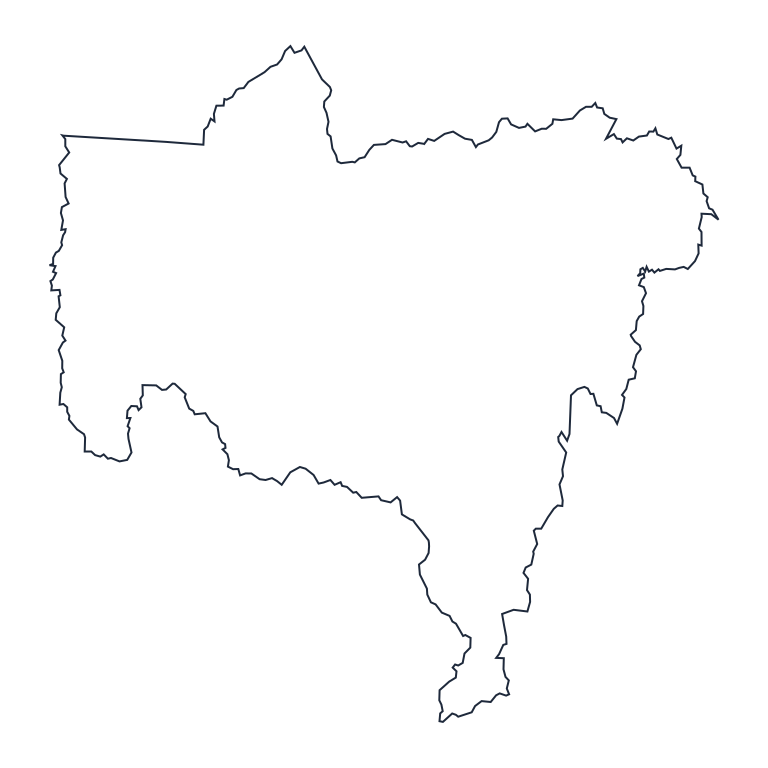 Utuado, Puerto Rico
{"feature_id": "32010507B18801000784875", "entity_name": "Utuado", "entity_type": "district", "adm_level": 2, "iso_a3": "PRI", "parent_name": "Puerto Rico", "parent_adm1": "", "projection": "equal_earth", "projection_center": [-66.695, 18.25], "detail": "fine", "context": "isolated", "style": "outline", "palette": "slate", "viewbox_px": 768, "rotation_deg": 0, "n_neighbors": 0, "source": "geoboundaries", "source_scale": "gbopen_adm2", "svg_char_len": 5000}
<svg xmlns="http://www.w3.org/2000/svg" viewBox="0 0 768 768"><path d="M616.4,119.1L609.7,117.7L604.3,113.9L602.7,108.3L597.1,107.5L595.3,103.0L591.7,106.8L586.0,106.8L579.9,110.5L572.6,118.6L561.5,120.1L553.2,119.3L552.4,123.8L546.2,128.8L541.8,128.7L535.1,131.4L527.4,123.8L525.5,126.6L519.0,127.9L511.1,124.4L507.6,118.4L501.9,118.7L499.0,122.2L496.3,131.9L492.1,137.5L488.7,140.3L477.9,144.5L475.9,147.1L471.9,139.9L465.0,138.7L458.7,135.1L453.1,131.6L444.6,133.9L434.2,140.9L428.0,138.9L424.2,144.0L423.8,143.8L418.2,142.9L412.1,146.5L409.8,146.2L406.1,141.3L402.6,142.5L392.0,139.8L385.5,144.1L373.9,144.9L369.3,149.9L364.6,157.2L359.3,158.4L354.8,162.4L352.3,161.8L341.1,163.2L337.5,161.5L336.1,155.4L332.4,148.5L330.6,136.4L327.5,133.9L327.0,129.0L328.5,121.8L326.5,112.8L323.9,107.0L324.3,101.5L329.8,95.6L331.2,90.3L329.9,87.0L322.0,79.4L304.3,46.7L301.5,50.4L294.5,52.8L290.4,46.1L285.1,51.0L281.6,59.3L277.1,64.5L270.5,66.8L264.5,72.2L248.4,81.9L243.7,88.1L239.1,88.5L236.4,90.0L232.4,96.8L226.7,99.7L224.4,99.0L223.6,105.6L216.4,105.7L213.9,113.9L214.5,121.4L210.7,118.7L207.7,126.5L204.1,129.8L203.4,144.7L166.1,141.9L143.6,140.5L141.5,140.4L63.7,135.7L62.4,135.4L65.3,139.1L65.3,146.3L69.2,152.5L59.1,165.1L59.7,167.4L60.5,173.5L66.9,178.9L64.6,183.4L65.6,197.0L68.6,203.5L61.9,207.1L60.9,213.0L63.0,220.4L61.3,229.9L65.6,229.2L65.1,232.2L63.1,235.3L61.3,242.4L62.1,245.2L58.8,250.9L55.9,252.6L53.2,257.7L53.1,263.9L49.5,265.2L55.5,266.1L53.0,271.8L56.1,273.1L52.8,279.5L50.4,281.1L51.9,285.6L51.3,290.4L59.5,289.9L60.4,295.3L58.6,296.3L59.8,307.2L56.3,313.3L55.7,319.8L64.2,327.3L62.3,335.6L65.5,340.6L62.9,342.5L58.7,350.1L62.3,360.8L62.2,368.3L63.7,372.3L60.9,374.1L60.7,382.8L61.8,387.2L60.3,392.7L59.6,404.7L63.4,404.0L67.2,407.3L67.2,411.8L69.4,415.9L68.9,419.6L77.0,429.4L84.0,434.2L85.1,437.5L84.7,451.5L91.3,451.5L95.1,455.1L100.3,456.6L103.7,454.4L107.9,458.7L111.0,458.0L119.5,461.4L127.2,459.9L131.5,452.5L128.5,438.9L128.0,433.6L129.6,428.2L127.6,426.2L130.4,418.0L126.9,418.1L127.5,410.7L131.3,406.0L137.0,406.3L138.6,410.1L141.5,407.3L140.3,398.8L142.8,395.4L142.5,385.1L156.2,385.4L162.0,389.9L166.2,389.5L172.6,383.6L174.7,383.8L185.7,394.1L184.7,397.3L189.2,408.6L193.3,410.9L194.7,414.3L205.4,413.2L210.5,421.4L217.5,426.5L219.2,437.3L222.0,442.4L225.1,444.1L225.5,447.9L222.6,449.4L227.4,454.2L228.9,460.2L227.9,466.6L233.1,469.2L238.3,469.0L240.1,475.4L245.6,473.4L251.4,473.5L259.6,479.2L265.6,480.0L272.0,478.1L277.1,481.1L281.7,484.8L290.3,472.3L299.9,467.0L305.6,468.7L313.6,475.0L318.6,483.6L323.6,482.5L330.4,480.0L334.6,484.8L340.6,482.2L341.5,484.3L342.1,485.9L347.0,486.9L353.2,492.7L356.3,492.0L361.7,497.8L378.5,496.4L381.1,500.2L390.6,502.4L397.1,497.1L400.1,500.6L401.9,514.4L410.2,519.4L413.2,520.5L415.1,523.2L428.5,540.4L428.9,542.6L429.1,546.4L428.6,553.0L425.1,559.7L419.0,564.5L419.9,574.6L426.9,588.6L427.3,594.6L430.9,602.3L435.6,604.4L441.8,612.6L449.6,615.9L452.4,621.5L456.0,623.7L463.1,636.0L465.3,635.0L470.6,637.9L470.3,647.6L464.5,653.5L462.7,662.9L458.2,665.5L455.1,664.5L452.7,667.6L456.5,671.3L455.8,677.6L449.2,681.6L439.6,690.2L439.3,700.3L441.4,704.6L442.7,711.2L440.2,713.4L439.5,721.2L442.9,721.9L452.2,713.5L455.9,714.8L458.2,716.7L471.7,712.3L475.1,706.0L481.6,701.1L490.7,702.0L496.1,695.3L499.7,693.4L506.1,695.6L509.1,694.3L506.8,688.5L508.8,680.4L505.5,676.9L503.5,669.3L503.8,658.2L496.2,657.9L499.1,654.1L503.3,644.9L506.5,643.9L506.2,636.6L504.0,625.0L502.1,614.0L513.6,609.8L527.4,611.5L530.1,601.9L529.9,594.6L527.0,590.1L528.1,578.8L523.5,572.9L525.7,567.5L531.3,564.6L533.7,553.8L533.2,551.6L537.2,544.0L533.8,530.7L535.8,528.7L541.2,528.7L548.0,517.1L553.8,508.8L557.6,505.5L562.3,506.0L562.7,500.5L559.5,484.4L563.0,476.2L562.3,469.5L566.2,452.5L558.7,441.6L558.2,437.0L559.4,435.9L561.5,432.0L567.1,440.7L569.5,434.0L571.0,395.3L577.5,389.1L584.4,386.9L587.8,388.5L590.5,394.0L593.4,393.8L596.8,405.4L600.6,406.2L601.8,412.3L606.3,412.9L614.0,418.0L617.1,423.8L622.4,408.7L624.5,397.5L622.0,394.9L626.3,389.0L628.7,379.7L634.8,378.3L636.0,371.3L633.0,367.2L636.4,354.8L640.8,349.2L639.7,345.4L635.0,341.8L631.1,336.1L630.7,334.7L635.9,330.1L636.7,321.1L639.2,316.6L643.1,314.0L643.4,306.0L642.0,301.2L646.0,293.2L643.8,287.1L639.0,285.3L641.5,279.0L644.3,277.6L643.8,273.6L637.5,276.1L640.2,273.2L640.4,269.3L642.8,267.9L645.2,271.5L646.6,266.8L648.9,271.6L652.0,269.7L654.4,272.6L658.5,269.3L659.9,270.9L666.2,268.9L675.0,269.4L679.1,267.9L683.7,266.9L687.8,269.0L695.0,261.1L698.6,253.4L698.3,244.6L701.6,245.6L701.5,232.0L698.9,228.6L701.7,217.1L701.5,213.7L711.3,214.2L718.5,219.7L712.5,209.7L709.1,208.3L706.6,201.1L707.7,197.2L703.4,193.5L702.4,184.5L695.2,181.2L695.4,176.6L692.7,175.4L689.6,167.7L681.6,167.7L676.8,159.0L680.4,154.9L681.3,145.7L676.5,148.6L671.3,137.7L668.4,139.0L657.3,134.5L655.4,128.3L653.4,131.6L649.2,131.5L646.9,135.5L638.9,136.6L633.3,140.5L626.9,138.3L622.6,142.4L621.0,139.1L616.8,138.6L613.9,134.1L606.0,138.8L616.4,119.1Z" fill="none" stroke="#1e293b" stroke-width="2"/></svg>